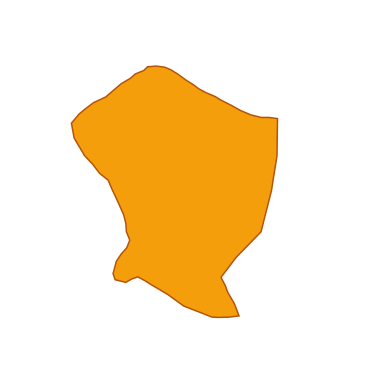 Ogori/Magongo, Kogi, Nigeria, rotated 59°
{"feature_id": "59680162B76072611977433", "entity_name": "Ogori/Magongo", "entity_type": "district", "adm_level": 2, "iso_a3": "NGA", "parent_name": "Nigeria", "parent_adm1": "Kogi", "projection": "orthographic", "projection_center": [6.159, 7.479], "detail": "fine", "context": "isolated", "style": "filled", "palette": "amber", "viewbox_px": 384, "rotation_deg": 59, "n_neighbors": 0, "source": "geoboundaries", "source_scale": "gbopen_adm2", "svg_char_len": 1013}
<svg xmlns="http://www.w3.org/2000/svg" viewBox="0 0 384 384"><g transform="rotate(59 192 192)"><path d="M173.1,80.9L167.6,87.8L163.7,94.3L155.9,102.1L146.9,108.6L137.9,113.7L127.6,120.2L122.4,122.8L113.4,129.3L106.9,133.1L100.5,135.7L92.8,139.6L83.8,143.4L76.1,147.3L70.9,151.2L65.7,157.7L61.8,165.5L63.0,170.7L61.6,179.9L62.8,186.5L62.7,196.9L66.1,217.1L64.7,230.2L65.8,240.7L67.0,248.6L70.9,259.9L84.9,265.2L89.2,265.3L100.1,265.3L105.3,265.4L116.9,262.9L128.4,261.6L138.7,257.8L148.9,259.2L156.0,259.9L164.8,260.9L176.3,262.3L185.2,265.0L187.6,266.3L189.3,267.2L192.2,268.7L201.2,270.1L206.2,276.7L208.7,284.6L212.4,292.5L221.3,301.7L227.6,303.1L235.4,295.3L235.5,288.7L236.8,282.2L239.4,280.7L243.3,278.3L251.0,274.4L267.7,265.4L276.2,261.8L285.7,257.7L309.5,239.3L312.9,234.3L318.1,225.2L322.4,215.5L309.7,213.2L296.0,213.0L289.0,211.6L282.1,211.3L280.0,210.9L270.8,187.9L261.7,153.4L257.6,149.2L249.5,141.1L232.0,123.4L204.6,100.4L173.1,80.9Z" fill="#f59e0b" stroke="#b45309" stroke-width="1.5"/></g></svg>